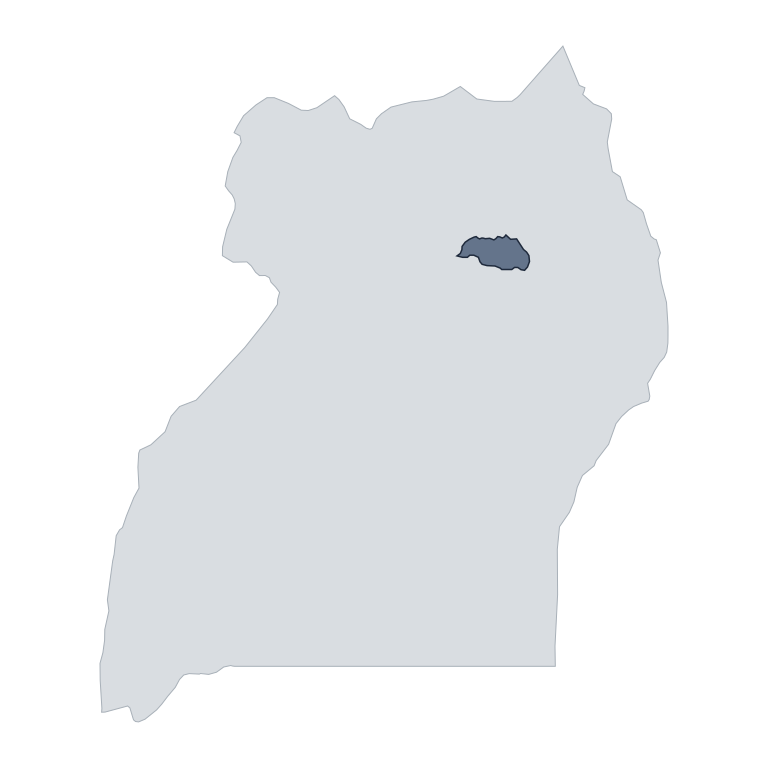 Uganda, with Otuke highlighted
{"feature_id": "UGA-5607", "entity_name": "Otuke", "entity_type": "District", "adm_level": 1, "iso_a3": "UGA", "parent_name": "Uganda", "parent_adm1": "", "projection": "robinson", "projection_center": [33.299, 2.481], "detail": "fine", "context": "in_parent", "style": "filled", "palette": "slate", "viewbox_px": 768, "rotation_deg": 0, "n_neighbors": 0, "source": "natural_earth", "source_scale": "10m", "svg_char_len": 2866}
<svg xmlns="http://www.w3.org/2000/svg" viewBox="0 0 768 768"><path d="M555.3,666.3L543.9,666.3L525.2,666.3L506.6,666.3L487.9,666.3L469.3,666.3L450.6,666.3L432.0,666.3L413.4,666.3L394.7,666.3L376.1,666.3L357.4,666.3L338.8,666.3L320.1,666.3L301.5,666.3L282.8,666.3L264.2,666.3L245.5,666.3L234.5,666.3L232.3,666.0L230.8,665.5L223.7,667.0L216.5,672.2L208.7,674.4L200.5,673.5L199.4,674.1L195.2,673.9L189.2,673.6L183.7,675.0L179.5,679.5L175.3,687.3L167.7,696.3L161.7,704.2L156.6,709.9L145.0,719.2L138.6,721.9L135.5,721.5L133.5,719.8L129.9,707.9L127.6,706.0L105.0,712.1L101.6,712.2L101.9,708.5L100.2,680.5L100.0,663.4L102.9,652.7L104.6,640.3L104.8,629.4L108.9,610.9L107.4,599.8L112.7,560.8L114.1,554.5L116.2,535.7L119.6,529.8L122.5,527.6L126.4,516.0L133.8,497.6L139.0,488.1L137.9,467.3L138.7,453.2L139.9,450.0L150.9,444.8L165.1,431.7L171.1,416.3L179.6,406.5L196.1,400.2L244.8,347.5L267.5,319.0L277.4,304.5L277.7,299.3L279.6,292.4L275.7,287.1L271.0,282.2L269.4,277.7L265.3,275.5L259.5,275.6L255.6,272.3L251.3,265.9L246.9,261.9L233.1,262.2L222.4,255.7L222.6,246.8L226.8,229.3L234.9,209.2L235.3,203.6L234.2,198.9L232.2,194.9L228.6,190.8L225.2,186.0L227.8,171.6L232.9,157.4L237.1,150.4L241.2,142.4L240.0,135.9L234.1,132.7L237.2,126.4L243.6,115.7L256.0,104.9L267.0,97.7L274.3,97.7L288.4,103.4L301.3,110.2L308.3,110.5L316.9,107.7L334.6,95.7L338.9,99.5L344.1,106.8L349.7,118.8L360.8,124.4L366.2,128.2L370.0,129.3L372.2,128.3L376.4,118.8L381.5,113.7L391.0,107.1L411.8,101.9L426.7,100.4L433.1,99.2L443.6,96.2L460.3,86.5L476.8,99.0L494.6,101.4L511.9,101.3L517.2,97.5L520.2,94.6L538.3,74.0L562.9,46.1L579.3,85.4L584.9,87.7L584.1,91.1L582.7,94.4L593.4,103.9L606.6,108.9L611.3,113.7L611.7,119.0L607.3,142.0L608.1,148.5L612.4,171.6L620.2,176.8L627.2,199.9L641.3,209.8L643.3,212.6L646.5,223.9L650.8,236.2L654.2,239.0L656.3,239.7L660.4,252.8L658.0,260.1L661.3,282.4L666.5,302.4L668.0,326.2L668.0,336.7L667.9,343.1L666.7,352.1L664.2,357.4L659.7,362.5L654.7,370.5L650.4,379.1L647.6,383.3L649.8,396.1L649.2,399.5L648.1,401.2L641.7,403.1L633.6,406.5L628.6,410.0L621.6,416.5L616.0,423.6L608.6,444.3L596.2,460.5L594.1,465.8L582.4,475.5L577.2,487.3L573.9,501.9L569.4,512.3L559.5,526.7L557.3,549.3L557.6,594.6L555.0,646.1L555.3,666.3Z" fill="#d9dde1" stroke="#a8b0b8" stroke-width="1"/><path d="M462.1,246.4L465.2,242.2L469.4,239.3L474.1,237.1L476.2,236.6L477.7,237.9L479.5,238.9L481.9,238.0L483.6,238.2L485.2,238.7L489.7,238.3L493.9,239.9L495.9,238.6L497.7,236.6L499.9,236.9L502.3,238.0L504.3,237.0L505.9,235.0L510.6,239.3L516.6,238.9L523.5,249.5L526.6,252.1L528.9,255.6L529.5,261.5L527.5,267.0L524.6,270.3L521.0,269.7L517.9,267.5L514.6,267.4L511.8,269.5L501.7,269.5L500.2,268.1L495.0,266.0L487.0,265.6L482.1,264.3L480.0,261.8L478.4,257.3L473.8,255.2L469.8,255.2L467.4,257.3L462.5,257.3L457.0,255.9L460.3,253.5L461.9,249.7L462.1,246.4Z" fill="#64748b" stroke="#1e293b" stroke-width="1.5"/></svg>